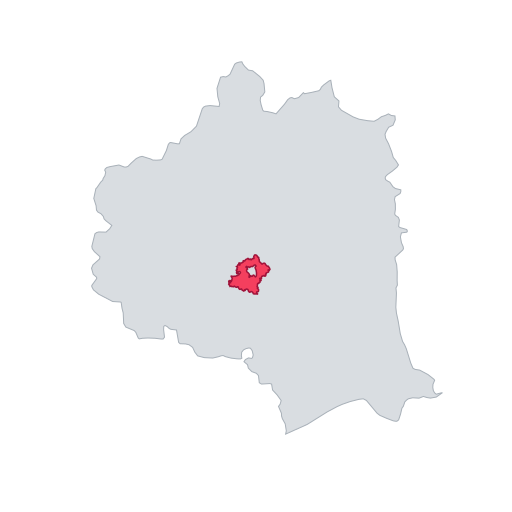 Minsk, Minsk, Belarus (highlighted), rotated 257°
{"feature_id": "67162791B84471344127718", "entity_name": "Minsk", "entity_type": "district", "adm_level": 2, "iso_a3": "BLR", "parent_name": "Belarus", "parent_adm1": "Minsk", "projection": "mercator", "projection_center": [27.512, 53.937], "detail": "fine", "context": "in_parent", "style": "filled", "palette": "rose", "viewbox_px": 512, "rotation_deg": 257, "n_neighbors": 0, "source": "geoboundaries", "source_scale": "gbopen_adm2", "svg_char_len": 9456}
<svg xmlns="http://www.w3.org/2000/svg" viewBox="0 0 512 512"><g transform="rotate(257 256 256)"><path d="M410.4,368.4L402.8,367.9L393.5,368.1L388.4,371.7L382.8,369.9L378.8,372.0L369.7,381.9L366.1,387.2L362.7,395.3L360.7,401.4L361.8,405.6L363.5,409.5L363.9,413.7L364.7,417.0L362.5,419.4L361.2,422.9L357.3,422.3L352.6,418.9L351.6,414.2L348.0,410.8L345.6,409.1L341.7,408.8L335.5,410.4L327.3,411.6L321.1,411.9L317.7,413.6L312.7,415.3L310.8,413.3L308.0,407.8L305.8,402.4L304.2,400.0L302.9,399.4L301.2,399.5L299.3,401.2L297.8,403.0L292.7,405.0L290.4,407.0L287.9,412.0L286.2,411.6L284.5,410.5L282.5,404.9L279.8,403.6L275.5,403.5L270.1,402.3L265.7,400.6L264.2,401.0L261.6,403.4L258.8,403.8L252.6,401.6L251.4,402.6L247.9,408.8L246.2,409.1L245.3,408.3L245.8,402.9L242.2,401.0L236.2,400.7L232.0,401.5L229.9,401.3L228.8,400.3L223.6,391.2L220.9,390.7L216.0,391.1L208.7,390.0L200.4,388.0L195.8,387.2L193.4,385.2L188.3,384.5L174.5,380.7L168.8,380.0L160.5,379.9L147.9,379.1L139.8,379.6L136.0,380.8L131.7,381.6L116.7,382.7L111.3,383.7L109.7,385.6L108.0,389.8L101.8,396.9L95.8,401.7L94.7,402.1L91.2,399.6L88.2,398.7L84.8,398.5L82.4,399.3L80.8,400.5L81.0,406.0L80.7,406.5L78.0,399.9L78.3,394.0L79.7,390.6L81.5,387.5L80.8,382.9L82.6,376.8L82.6,372.4L81.8,370.4L80.4,368.2L76.5,365.8L74.8,363.9L69.5,361.3L64.2,358.1L63.3,356.1L63.6,354.8L64.5,352.7L68.5,346.7L72.8,340.9L75.6,338.6L90.4,331.1L92.7,328.4L93.2,324.0L93.0,315.0L92.1,306.8L91.0,301.1L88.1,290.4L80.4,268.1L75.8,244.8L78.8,246.2L85.9,246.7L91.5,245.1L94.4,244.9L97.0,245.4L104.4,244.1L106.2,246.2L109.5,248.0L116.0,245.3L121.7,242.0L127.7,242.4L128.6,240.8L130.0,232.5L131.8,230.7L138.9,231.5L141.6,230.0L144.3,225.9L148.5,223.3L152.0,223.3L155.7,220.5L157.5,222.4L158.4,225.8L157.2,228.6L157.7,229.7L160.2,231.0L164.6,231.0L167.4,229.8L168.0,228.3L168.0,225.4L167.3,222.7L165.5,220.4L162.0,219.3L159.6,219.2L159.2,217.8L160.0,214.6L162.1,208.8L164.8,203.6L166.4,201.6L166.6,199.8L166.3,196.6L166.3,190.9L168.6,182.8L171.8,176.7L176.0,174.8L181.2,173.7L184.6,170.8L186.2,167.5L187.6,162.3L189.3,161.2L201.8,161.9L203.7,156.6L204.8,155.2L207.2,153.6L208.8,151.7L208.2,150.3L205.0,149.4L197.5,148.6L196.0,146.8L196.5,144.7L198.5,139.3L200.4,132.3L201.4,126.8L201.5,123.6L202.6,122.8L208.7,121.7L210.7,120.6L216.0,113.2L220.0,111.9L230.4,113.8L235.2,113.7L241.2,114.2L241.7,113.5L243.9,106.1L254.1,94.2L259.6,90.0L263.1,89.1L264.3,89.4L269.8,95.7L271.1,95.9L274.8,93.3L281.1,93.0L284.1,95.2L288.3,102.9L290.4,103.8L296.6,99.5L300.0,98.1L302.3,98.2L313.9,104.1L314.7,106.0L314.8,108.3L313.0,115.2L315.4,119.5L318.2,122.4L324.2,117.6L326.4,116.3L328.8,116.2L332.0,114.5L334.4,111.8L336.6,110.9L340.9,111.5L348.6,110.9L357.6,115.1L358.4,116.4L362.9,121.3L364.4,123.7L365.9,124.5L368.3,126.9L371.5,128.4L373.7,127.9L374.8,128.7L375.8,130.6L375.9,133.8L375.5,142.9L372.3,147.7L371.9,149.3L372.1,151.4L374.6,155.3L377.9,161.3L378.7,164.9L378.7,167.5L374.2,175.2L372.7,177.0L371.7,180.8L371.1,184.7L371.4,186.3L378.9,192.4L384.5,195.7L385.7,197.3L385.8,198.3L382.9,204.9L382.6,206.6L387.0,209.3L389.5,213.6L391.7,220.5L395.9,227.2L411.6,236.8L412.9,238.5L413.4,240.6L412.9,245.1L410.0,253.7L412.7,254.9L419.7,254.6L428.1,255.7L438.2,261.7L438.2,264.4L437.2,266.9L437.9,269.4L439.0,271.6L447.7,278.4L448.5,280.3L448.7,283.6L448.4,285.9L446.0,286.4L443.3,287.6L438.9,290.4L437.2,294.4L430.1,300.0L425.7,302.5L422.2,302.6L413.9,301.5L411.0,298.7L409.8,296.2L406.6,295.1L402.3,295.0L396.5,295.4L395.3,296.2L394.3,299.3L391.8,304.5L390.0,307.5L397.5,317.9L401.2,322.1L402.4,324.7L402.3,326.6L400.6,328.8L400.8,333.2L404.5,338.9L403.2,339.8L402.9,346.9L402.9,354.4L403.9,356.2L405.8,357.7L407.5,360.5L410.2,366.7L410.4,368.4Z" fill="#d9dde1" stroke="#a8b0b8" stroke-width="1"/><path d="M237.5,264.4L237.7,264.7L237.9,264.8L238.6,264.8L239.3,264.6L239.6,264.6L239.8,264.9L239.8,265.0L239.7,265.1L239.2,265.3L239.0,265.7L239.1,265.9L239.4,266.0L239.6,266.2L239.8,266.3L239.9,266.6L241.0,266.5L241.4,266.4L242.3,266.0L243.0,265.8L243.3,265.7L243.4,265.3L243.4,265.0L243.7,264.6L245.3,263.5L245.8,263.3L246.2,263.3L246.6,263.1L246.9,262.9L247.2,262.4L247.2,261.2L246.9,260.7L246.8,260.4L246.9,259.9L247.3,259.6L247.6,259.4L248.5,259.1L249.1,258.5L249.4,258.3L249.8,258.1L250.7,258.1L251.3,258.3L251.8,258.3L252.4,258.1L252.8,258.1L253.2,258.2L253.5,258.3L253.8,258.3L254.3,258.1L254.4,257.7L254.5,257.5L254.9,257.3L255.8,257.1L256.2,257.0L256.6,256.7L256.9,256.3L257.1,255.9L257.3,255.3L257.3,255.0L257.2,254.7L256.0,253.7L255.6,253.6L254.6,253.6L254.2,253.5L254.0,253.3L254.0,253.0L254.1,252.8L254.3,252.2L254.3,251.9L254.2,251.7L253.6,251.2L253.4,250.6L253.4,250.3L254.2,250.0L254.4,249.7L254.4,249.4L254.4,249.2L254.2,248.9L254.1,248.7L254.2,248.3L254.7,248.0L255.3,247.9L255.5,247.6L255.1,246.6L255.0,245.6L254.6,244.8L254.3,244.5L253.8,244.1L253.7,243.6L254.2,243.1L254.2,242.8L254.1,242.5L254.0,242.3L253.3,242.2L252.9,242.0L252.9,241.8L252.8,241.4L252.8,241.1L252.4,240.6L252.4,240.3L252.5,240.1L252.6,239.8L252.5,239.2L253.0,238.3L253.0,238.0L253.0,237.8L252.7,237.6L252.0,238.1L251.9,238.3L251.5,238.5L251.3,238.5L251.0,238.4L250.9,238.0L250.9,237.8L251.1,237.5L251.3,237.4L251.5,237.2L251.6,236.9L251.6,236.6L251.4,236.3L250.7,235.8L250.4,235.5L250.2,235.2L250.1,234.8L250.1,234.7L249.9,234.8L249.5,235.3L249.3,235.4L249.0,235.4L248.8,235.3L248.6,235.0L248.3,234.7L248.1,234.6L247.4,234.7L247.1,234.7L246.9,234.4L246.9,234.1L246.8,233.8L246.7,233.6L246.2,233.5L245.8,233.7L245.5,234.0L245.3,234.1L245.1,234.1L244.9,233.7L244.4,233.4L244.1,233.2L243.9,233.3L243.4,233.3L243.1,233.4L242.9,233.6L242.9,233.8L243.0,234.3L243.1,234.6L243.4,234.8L243.8,234.8L244.3,234.7L244.6,234.8L244.5,235.0L244.6,235.7L244.6,236.0L244.5,236.3L244.5,236.6L244.2,236.8L243.8,237.1L243.2,237.1L242.6,236.5L242.4,236.0L242.3,235.8L242.1,235.7L241.9,235.5L241.7,235.4L241.5,234.8L241.3,234.2L241.2,233.9L241.1,233.5L241.1,233.1L241.1,232.7L241.1,232.3L240.9,231.7L240.8,231.3L240.9,231.0L241.1,230.8L241.2,230.4L241.2,229.5L241.3,229.2L241.5,229.0L241.5,228.6L241.5,228.3L241.6,228.0L242.0,227.4L241.7,227.2L241.3,227.3L240.4,227.7L239.6,227.8L239.3,227.7L239.2,227.6L238.7,227.3L238.1,227.2L237.9,227.1L237.8,226.9L237.8,226.7L237.7,226.6L237.2,226.5L237.1,226.4L236.9,226.3L236.9,226.2L237.1,225.9L237.7,225.5L238.0,225.2L238.0,224.9L237.6,224.6L237.5,224.4L237.6,224.1L237.7,223.8L237.5,223.7L237.3,223.7L237.0,223.8L236.9,224.1L236.8,224.5L236.6,224.8L236.4,225.1L236.0,225.3L235.9,225.3L235.7,225.2L235.9,224.8L236.1,224.6L236.2,224.1L236.2,223.7L235.8,223.4L235.5,223.4L234.7,223.7L234.4,223.6L234.2,223.4L234.2,223.2L233.9,223.3L233.6,223.5L233.2,223.8L232.2,223.8L232.2,224.3L232.2,225.0L232.0,225.3L231.7,225.4L231.5,225.8L231.5,226.3L231.4,226.6L231.3,226.8L231.1,227.0L231.2,227.5L231.4,227.7L231.5,228.1L231.3,228.3L230.6,228.8L230.4,229.0L230.3,229.3L230.2,229.6L229.9,229.9L229.9,230.5L230.0,230.8L230.2,231.2L230.1,231.5L229.9,231.7L228.8,231.8L228.0,232.1L227.5,232.3L227.2,232.6L227.1,232.9L227.1,233.7L227.2,234.0L227.1,234.5L226.8,234.6L225.9,234.8L225.5,235.1L225.4,235.5L225.2,235.9L224.7,236.0L224.7,236.6L224.8,236.9L224.9,237.4L224.9,237.6L225.2,237.6L225.3,237.5L225.4,237.4L225.7,237.5L225.7,237.8L225.6,238.3L225.6,238.5L225.8,238.7L225.9,238.9L225.9,239.4L225.9,239.6L225.7,239.9L225.3,240.2L225.2,240.5L224.3,240.8L224.0,240.7L223.7,240.7L223.3,240.8L222.9,241.1L222.5,241.2L222.2,241.5L222.1,241.8L222.1,242.2L222.4,242.8L222.5,243.1L222.4,243.4L222.3,243.7L222.0,243.9L221.8,244.3L221.3,244.6L220.8,244.8L220.4,244.8L219.9,244.9L219.6,245.3L219.4,245.7L219.4,246.0L219.2,246.5L219.0,247.8L218.6,248.6L218.6,248.9L218.7,249.0L218.9,248.9L219.6,248.5L220.1,248.4L220.4,248.4L220.7,248.5L220.8,248.6L220.9,248.8L220.8,249.3L220.8,249.5L220.8,250.0L221.0,250.3L221.3,250.6L222.0,250.8L222.3,250.8L222.8,251.0L223.1,250.9L223.3,250.8L223.9,250.1L224.0,250.1L224.4,250.1L224.7,250.7L225.0,250.9L225.3,250.7L225.6,250.4L225.9,250.2L226.2,250.3L226.4,250.5L227.0,250.7L227.9,250.9L228.5,251.3L228.8,251.4L228.8,251.7L228.8,252.0L228.6,252.3L228.7,252.6L228.8,252.7L229.2,252.8L229.4,252.9L229.4,253.6L229.7,254.1L229.8,254.1L230.1,254.2L230.9,254.2L231.1,254.3L231.1,254.8L231.0,255.1L231.0,255.4L231.4,255.4L231.9,255.4L232.3,255.0L232.4,254.7L232.5,254.6L232.8,254.5L233.1,254.5L233.4,254.8L233.4,255.1L233.2,255.3L232.8,255.5L232.6,255.6L232.6,255.8L232.7,256.1L232.8,256.3L233.2,256.4L233.6,256.4L234.5,256.8L234.8,257.0L235.0,257.3L235.1,257.6L235.1,257.8L235.0,258.0L234.8,258.1L234.8,258.3L234.9,258.5L235.2,259.2L235.2,259.4L235.1,259.6L234.4,259.9L234.3,260.1L234.3,260.4L234.5,260.9L234.9,261.2L235.1,261.2L235.9,261.2L236.1,261.3L236.1,261.5L236.2,261.9L236.4,262.0L237.0,262.0L237.2,262.4L237.3,262.8L237.3,263.1L237.5,264.4ZM247.5,243.7L247.8,244.1L248.0,244.6L247.0,245.6L247.2,246.2L246.6,246.8L246.3,247.0L246.3,247.5L246.8,248.1L246.9,248.5L246.9,249.1L246.6,249.6L246.5,249.9L246.6,250.6L247.3,251.7L247.5,252.3L247.5,252.7L247.3,253.4L246.7,253.7L245.9,253.6L245.7,253.2L245.4,252.7L244.9,252.5L243.7,252.6L243.0,252.8L241.5,252.9L241.1,252.8L239.3,252.7L238.3,252.4L237.1,252.1L236.4,251.7L235.9,251.2L235.8,250.7L236.2,250.4L237.9,249.5L237.9,248.8L237.4,248.3L237.1,247.9L237.1,247.4L237.3,246.8L238.0,246.6L238.1,246.0L237.1,245.4L236.7,244.9L236.9,244.5L237.8,244.7L238.6,245.1L239.4,245.4L240.2,245.2L240.8,244.9L241.5,244.5L242.1,244.0L242.8,243.5L243.4,243.5L243.8,243.5L244.6,243.8L245.2,244.9L246.1,244.6L247.1,243.9L247.5,243.7Z" fill="#f43f5e" stroke="#9f1239" stroke-width="1.5"/></g></svg>